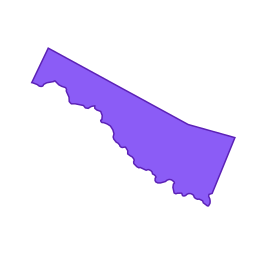 Newton, Texas, United States of America (orthographic projection), rotated 116°
{"feature_id": "52423323B15615503962810", "entity_name": "Newton", "entity_type": "district", "adm_level": 2, "iso_a3": "USA", "parent_name": "United States of America", "parent_adm1": "Texas", "projection": "orthographic", "projection_center": [-93.622, 30.715], "detail": "fine", "context": "isolated", "style": "filled", "palette": "violet", "viewbox_px": 256, "rotation_deg": 116, "n_neighbors": 0, "source": "geoboundaries", "source_scale": "gbopen_adm2", "svg_char_len": 1746}
<svg xmlns="http://www.w3.org/2000/svg" viewBox="0 0 256 256"><g transform="rotate(116 128 128)"><path d="M158.0,93.2L156.7,91.9L156.3,91.0L156.3,88.8L156.9,87.2L158.5,85.8L158.6,83.6L159.3,81.9L159.9,81.4L160.3,81.3L160.7,81.4L161.2,81.6L163.4,80.6L164.3,79.3L164.3,77.2L163.1,74.7L159.7,70.9L157.7,70.0L156.2,68.5L155.5,66.3L155.9,64.2L156.2,63.2L156.6,62.5L157.3,62.1L158.6,62.6L161.7,61.6L166.1,58.1L166.2,56.8L166.1,56.1L164.9,54.9L163.3,51.8L163.2,51.0L163.7,50.5L164.5,49.8L164.9,48.7L164.3,47.5L163.4,46.6L161.6,45.9L160.3,44.7L159.5,42.9L159.4,41.5L159.7,39.7L161.4,37.8L161.7,36.0L161.6,34.4L160.7,32.8L160.7,31.1L160.7,29.8L160.8,28.9L161.6,28.1L162.2,27.6L163.2,22.6L162.9,21.8L162.6,21.5L159.9,21.3L159.2,21.5L157.6,22.2L155.9,23.4L154.0,25.6L152.2,26.1L150.2,24.0L149.9,23.7L89.8,27.7L98.5,75.4L91.2,234.7L129.4,234.4L129.1,233.1L128.7,228.2L129.1,227.3L129.2,226.0L128.8,224.4L128.3,223.7L127.7,223.1L126.9,222.9L125.8,222.9L123.0,220.9L118.7,215.0L118.0,214.9L117.7,214.2L119.5,209.1L119.6,205.8L119.1,202.1L119.3,201.3L120.5,200.0L121.7,199.8L122.7,198.7L126.2,194.5L130.0,192.4L131.0,190.0L131.0,189.3L129.4,186.1L127.3,177.9L128.6,175.1L127.8,172.4L125.2,170.8L124.2,169.8L122.7,167.6L124.9,166.4L125.5,163.7L125.2,161.5L125.1,159.8L128.1,156.6L131.9,155.2L132.6,155.6L133.0,155.9L133.6,155.6L134.2,154.8L134.5,154.0L134.3,153.3L133.8,152.1L133.5,148.3L133.9,144.7L136.3,140.8L139.3,138.1L142.6,137.4L144.2,135.9L145.9,132.4L146.0,130.4L146.9,128.2L147.8,127.3L148.2,126.1L148.1,124.7L146.6,122.6L146.3,121.8L148.5,118.3L151.4,116.9L152.0,113.8L152.1,111.7L153.1,109.5L154.2,108.3L156.0,108.1L157.2,107.3L157.5,107.0L158.9,103.1L159.0,100.8L158.1,99.7L158.0,93.2Z" fill="#8b5cf6" stroke="#5b21b6" stroke-width="1.5"/></g></svg>